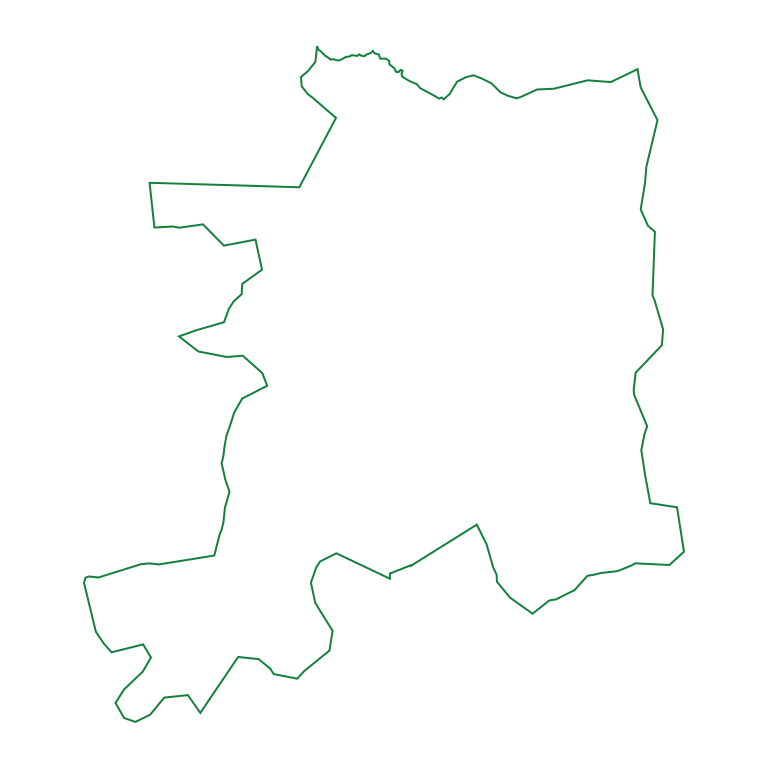 outline of Kanke, Plateau, Nigeria
{"feature_id": "59680162B46182656305392", "entity_name": "Kanke", "entity_type": "district", "adm_level": 2, "iso_a3": "NGA", "parent_name": "Nigeria", "parent_adm1": "Plateau", "projection": "orthographic", "projection_center": [9.61, 9.363], "detail": "fine", "context": "isolated", "style": "outline", "palette": "green", "viewbox_px": 768, "rotation_deg": 0, "n_neighbors": 0, "source": "geoboundaries", "source_scale": "gbopen_adm2", "svg_char_len": 2262}
<svg xmlns="http://www.w3.org/2000/svg" viewBox="0 0 768 768"><path d="M149.6,182.8L154.4,227.5L173.0,226.5L179.1,227.7L203.0,224.4L223.9,245.6L255.5,239.6L262.0,269.7L242.2,283.9L241.7,294.1L233.6,301.5L228.8,309.0L224.0,322.2L196.3,330.2L179.0,336.4L198.4,351.5L226.8,357.0L242.8,355.7L260.6,371.6L262.6,373.8L267.2,385.8L242.2,398.5L234.2,412.5L229.5,427.3L226.5,435.6L224.7,445.4L223.3,456.6L221.6,463.2L225.3,479.5L229.5,491.9L225.0,507.3L223.4,522.4L221.6,529.8L219.6,534.6L214.3,555.5L159.1,564.4L149.2,563.4L140.6,564.3L98.4,577.5L89.1,576.5L88.8,576.5L85.6,577.6L84.0,582.8L95.9,631.9L103.9,643.6L111.5,652.3L143.1,644.4L151.0,657.5L142.8,671.6L124.1,689.4L115.5,703.0L124.1,718.0L135.4,721.9L150.2,714.7L164.2,697.6L187.9,695.1L200.3,712.9L238.1,657.0L258.6,659.1L270.4,668.8L273.7,674.1L297.2,678.7L304.7,670.6L329.4,650.7L332.6,630.9L315.3,603.0L310.9,582.7L316.3,567.3L320.2,561.4L336.3,553.3L389.9,578.7L390.0,573.5L411.4,565.0L409.5,566.7L476.8,524.6L486.6,544.3L493.2,567.4L496.6,574.7L497.0,581.8L510.1,597.7L532.5,613.7L549.4,600.4L556.1,599.4L563.2,595.7L574.6,590.1L587.4,575.8L594.6,574.6L601.0,573.0L617.6,571.1L632.2,565.2L635.0,563.3L669.4,565.0L684.0,551.7L677.0,507.3L650.3,503.2L645.0,474.5L641.3,450.2L644.6,433.7L647.2,426.3L634.0,394.6L633.7,389.5L635.7,372.6L661.9,345.2L663.1,329.3L654.1,298.7L652.5,295.7L654.9,231.8L648.0,225.8L640.7,209.5L645.0,183.1L646.4,166.6L657.5,120.1L640.7,87.5L637.5,69.2L610.7,82.1L608.4,81.9L587.6,80.3L554.0,88.7L537.1,89.5L522.9,96.0L520.4,97.1L516.6,98.3L508.2,95.9L500.5,92.4L491.6,83.4L482.2,78.7L473.5,75.3L465.9,77.2L457.1,81.7L453.0,88.3L449.9,93.8L443.7,99.3L441.6,97.5L439.1,98.6L434.1,95.6L426.3,91.4L420.1,88.1L417.0,84.3L408.8,80.7L402.2,76.6L401.5,74.0L402.6,70.8L400.6,69.9L398.5,72.1L396.5,72.0L395.0,70.2L394.4,68.2L389.5,64.5L389.2,61.0L386.0,58.7L380.4,58.7L378.7,54.5L374.8,53.4L372.9,51.0L370.6,53.1L366.5,54.5L364.4,56.2L361.2,55.7L359.5,54.3L357.2,55.9L351.8,55.2L349.0,56.6L346.0,56.9L340.0,60.2L336.7,60.4L333.4,59.1L333.0,59.2L330.3,59.6L329.1,58.2L325.1,55.7L321.2,51.7L318.4,49.5L317.1,46.1L315.3,62.0L307.9,71.2L301.0,77.0L301.7,86.4L307.7,93.9L312.7,97.8L323.8,107.4L336.0,117.9L299.3,187.3L261.1,186.1L149.6,182.8Z" fill="none" stroke="#15803d" stroke-width="2"/></svg>